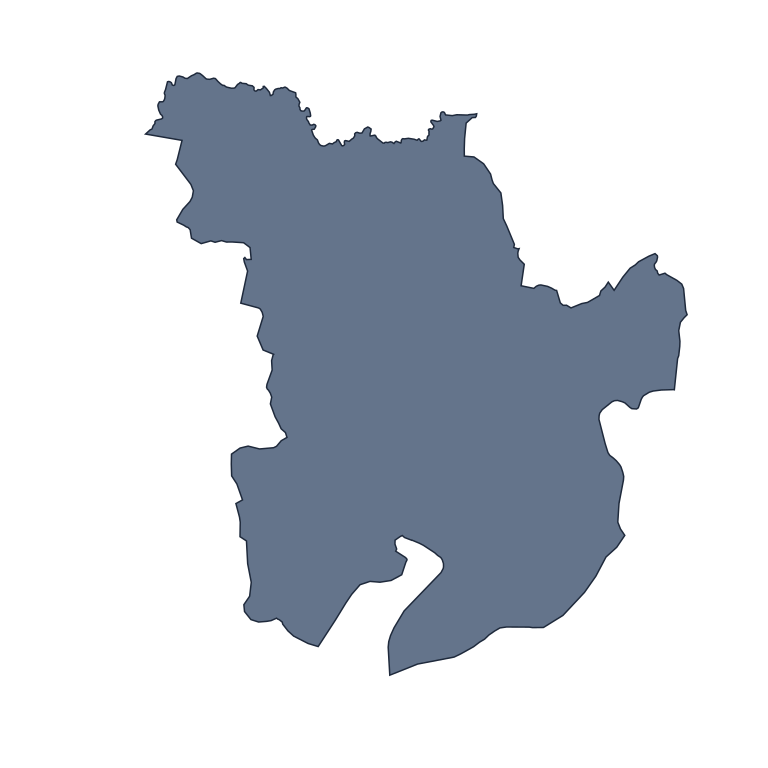 Wusab Al Aali, Dhamar, Yemen, rotated 12°
{"feature_id": "15242507B81137292307075", "entity_name": "Wusab Al Aali", "entity_type": "district", "adm_level": 2, "iso_a3": "YEM", "parent_name": "Yemen", "parent_adm1": "Dhamar", "projection": "mercator", "projection_center": [43.763, 14.333], "detail": "fine", "context": "isolated", "style": "filled", "palette": "slate", "viewbox_px": 768, "rotation_deg": 12, "n_neighbors": 0, "source": "geoboundaries", "source_scale": "gbopen_adm2", "svg_char_len": 6169}
<svg xmlns="http://www.w3.org/2000/svg" viewBox="0 0 768 768"><g transform="rotate(12 384 384)"><path d="M450.2,667.6L475.0,651.0L509.4,636.5L515.2,632.0L526.2,622.4L531.2,616.6L535.5,612.6L538.8,607.7L543.6,602.6L548.1,598.5L554.4,596.2L576.6,591.6L579.9,591.4L590.6,589.0L607.1,573.2L623.4,546.2L631.2,527.9L637.1,507.1L645.6,495.3L651.0,482.0L645.5,476.7L641.4,470.5L638.7,452.0L638.2,428.2L637.7,424.6L635.9,420.7L633.0,415.8L631.2,413.9L627.2,410.8L623.8,408.8L619.7,406.9L617.3,404.5L612.7,396.3L601.6,373.9L601.0,370.3L601.1,367.6L602.8,363.7L610.6,354.1L612.9,352.4L615.9,351.5L620.7,351.8L623.6,352.4L629.3,355.7L631.5,356.6L636.3,355.9L637.7,354.4L638.8,345.5L639.5,343.1L640.3,341.5L645.2,336.9L648.8,334.9L656.6,332.2L668.4,329.3L669.2,329.3L665.9,298.0L666.4,295.1L665.5,285.8L664.6,280.7L661.2,270.5L661.1,262.0L663.7,256.9L666.1,253.2L663.8,249.3L657.2,228.3L654.5,224.4L648.9,221.7L637.9,218.3L635.8,217.2L630.5,220.2L628.7,218.8L627.7,216.6L625.7,215.5L624.4,213.7L623.7,211.7L623.7,210.4L624.8,208.2L625.2,206.8L625.2,203.0L624.7,201.7L622.0,200.1L616.5,203.9L607.6,211.5L605.1,215.2L600.7,219.5L595.4,229.8L589.6,244.5L582.2,237.7L580.1,243.2L576.8,247.9L576.4,252.6L566.1,261.9L560.7,264.2L551.1,270.7L546.2,269.0L542.9,269.8L539.6,268.0L533.4,256.6L531.8,256.7L528.0,255.4L523.7,254.5L516.9,254.5L514.9,255.1L512.7,256.7L510.7,259.3L497.7,259.4L496.3,237.7L491.2,234.4L488.9,232.2L487.7,228.4L487.6,226.2L488.0,223.5L486.8,224.0L482.5,223.5L482.5,220.3L471.3,204.0L466.3,197.4L462.9,184.7L458.6,172.8L449.3,165.2L447.3,162.0L444.6,156.5L435.7,147.9L424.8,143.2L415.2,144.4L413.6,137.2L411.8,127.1L410.1,111.7L414.9,105.1L418.0,104.3L418.6,102.8L418.5,100.4L416.2,101.4L411.6,102.7L409.7,103.6L399.2,105.5L395.0,107.3L388.3,108.0L386.6,105.8L385.1,105.5L384.0,106.0L383.3,106.9L383.2,110.6L384.9,114.2L384.3,114.9L381.5,116.1L376.2,115.9L375.4,116.3L375.2,117.0L375.4,117.9L378.7,120.8L379.4,122.0L378.6,124.3L377.9,124.8L376.1,124.7L374.7,125.7L374.7,126.5L375.7,127.8L375.7,129.0L376.2,130.7L376.0,131.7L375.3,132.4L375.1,133.3L375.2,136.5L374.5,136.8L372.8,136.8L371.7,138.3L370.5,138.9L369.8,138.9L367.5,137.0L366.8,137.1L365.7,138.7L362.7,138.3L356.8,138.6L352.9,140.0L351.4,140.1L350.8,140.6L350.4,141.6L350.3,142.9L350.6,143.6L350.3,144.8L345.5,144.0L344.5,145.0L343.7,146.7L341.5,145.8L339.9,145.8L337.5,147.1L335.7,147.1L334.6,147.6L334.1,148.4L332.8,148.5L326.5,145.4L325.2,144.3L324.5,143.2L323.9,143.1L323.6,142.6L322.9,142.6L319.4,144.2L318.8,144.2L318.3,142.1L318.6,139.7L318.4,137.3L315.9,136.2L314.7,136.0L311.8,138.5L310.3,143.0L308.3,143.7L305.4,143.4L304.1,144.1L303.3,145.4L303.8,147.4L302.9,149.9L301.6,151.1L299.5,153.9L295.7,153.9L294.9,154.5L294.9,155.8L295.7,157.8L295.1,159.0L294.0,159.7L293.3,159.7L292.9,159.4L288.7,154.7L287.8,154.7L287.2,155.2L286.9,156.9L285.0,158.3L283.7,159.9L280.5,160.0L277.5,162.8L276.5,163.5L275.1,163.9L272.5,163.8L271.1,163.0L269.9,161.9L268.1,159.1L265.2,157.5L265.7,157.6L265.2,157.4L263.1,155.2L260.4,150.7L260.5,150.2L261.1,149.8L262.8,149.3L263.7,146.6L263.6,145.5L262.5,144.7L261.3,144.6L259.9,145.7L258.0,146.0L256.0,144.0L255.6,143.1L253.4,141.2L252.9,140.0L252.8,138.6L253.1,138.3L255.6,138.0L256.4,137.5L256.5,136.9L255.5,134.2L253.4,130.4L251.9,129.8L250.7,130.0L249.5,133.0L248.9,133.7L247.0,134.1L245.7,133.9L244.7,132.8L244.4,131.4L243.0,129.8L242.8,128.0L243.1,125.9L240.5,122.9L238.1,121.5L237.6,119.0L237.0,117.5L231.1,116.7L229.9,116.3L227.9,114.9L225.9,114.2L225.3,114.2L223.2,115.6L221.7,115.6L220.7,116.6L219.1,116.9L216.8,118.1L216.0,118.9L215.1,121.1L215.2,123.6L213.8,125.2L212.9,125.5L211.3,122.5L207.4,119.3L204.9,117.7L204.0,118.1L204.4,119.4L202.0,122.0L199.6,122.2L198.4,123.8L197.7,124.2L196.6,124.1L195.9,123.6L195.4,122.7L195.4,121.4L195.1,120.8L193.2,119.7L189.5,119.9L188.5,119.7L186.8,118.9L182.6,119.4L181.1,118.8L180.5,119.1L180.0,120.0L178.5,121.4L176.7,125.2L175.7,125.8L173.3,126.4L168.1,126.3L165.3,125.1L164.3,125.5L161.7,124.4L158.7,122.6L155.6,120.3L153.8,120.3L150.2,122.2L147.4,122.6L146.4,122.4L142.4,120.0L140.1,118.9L139.1,118.5L137.3,118.6L136.5,118.6L135.7,119.1L133.9,120.9L131.6,122.5L128.1,126.1L125.7,126.3L123.6,125.5L119.7,125.3L117.8,126.1L117.1,128.5L117.2,133.3L117.2,134.8L116.8,135.3L116.3,135.7L114.8,135.6L113.4,133.5L111.9,132.9L110.6,132.8L109.4,133.4L109.1,141.4L108.6,144.4L108.8,145.6L109.8,147.0L110.0,147.9L110.2,150.4L109.9,152.2L109.3,153.6L108.7,154.0L105.7,154.7L104.9,157.4L105.0,159.0L106.7,162.9L109.3,166.5L110.9,167.4L111.5,168.1L112.0,168.9L112.1,170.1L111.2,171.0L106.4,173.3L105.8,174.1L105.4,175.0L105.8,176.9L104.5,179.5L104.1,182.5L103.8,183.1L102.5,183.9L98.8,189.1L135.8,187.7L135.1,207.5L134.5,212.4L153.6,228.9L157.4,234.6L157.6,241.2L156.3,245.8L150.9,255.0L147.1,266.5L148.0,268.6L155.1,270.3L157.9,271.4L160.0,271.7L162.3,273.4L165.4,281.4L176.0,284.7L184.9,280.0L189.3,280.5L195.3,277.5L200.3,277.9L206.3,276.6L217.3,275.0L224.6,278.4L228.2,289.7L223.6,290.9L221.6,289.2L220.7,290.5L222.0,293.7L227.1,301.9L227.1,334.7L245.5,335.7L247.4,336.4L250.0,339.3L251.8,343.0L250.0,363.5L258.7,375.9L269.8,377.9L269.5,378.3L269.2,384.5L271.7,393.6L269.6,408.6L269.8,411.6L270.8,413.1L272.3,414.1L274.7,416.6L276.9,420.2L277.0,427.1L284.3,438.7L289.1,444.3L292.7,449.2L297.7,452.0L300.2,456.4L295.3,460.8L291.8,467.3L289.2,469.3L275.8,473.4L264.0,473.0L256.5,476.6L249.4,484.3L251.3,494.2L254.1,505.6L260.9,512.4L269.7,526.8L264.0,531.7L270.3,544.2L272.1,549.0L274.9,563.3L282.1,566.1L288.0,588.1L295.4,605.6L296.7,619.5L292.8,629.0L294.9,635.6L302.8,642.1L310.8,642.9L318.5,640.6L322.8,638.9L327.6,635.4L329.0,636.1L330.5,636.3L334.0,638.1L334.9,640.0L341.4,645.5L348.1,649.4L363.7,653.6L374.2,654.5L385.5,625.1L392.2,606.2L396.1,596.5L402.3,585.3L411.3,580.0L421.3,578.7L431.8,574.7L441.0,566.9L442.4,553.9L443.1,551.2L442.5,550.2L441.0,549.2L430.2,545.1L430.7,542.8L428.0,538.3L427.3,534.4L431.6,529.8L433.4,528.4L436.0,529.9L443.6,531.1L443.7,530.9L451.7,532.4L456.1,533.6L468.7,538.5L472.1,540.5L475.6,541.9L477.5,543.8L479.5,547.3L480.2,550.3L480.3,552.0L479.0,556.6L450.9,601.7L444.5,620.4L442.7,628.7L442.2,635.0L442.8,640.5L450.2,667.6Z" fill="#64748b" stroke="#1e293b" stroke-width="1.5"/></g></svg>